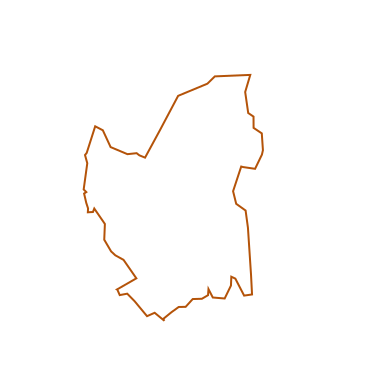 Morris, New Jersey, United States of America, rotated 135°
{"feature_id": "52423323B19000754742578", "entity_name": "Morris", "entity_type": "district", "adm_level": 2, "iso_a3": "USA", "parent_name": "United States of America", "parent_adm1": "New Jersey", "projection": "orthographic", "projection_center": [-74.508, 40.868], "detail": "fine", "context": "isolated", "style": "outline", "palette": "amber", "viewbox_px": 384, "rotation_deg": 135, "n_neighbors": 0, "source": "geoboundaries", "source_scale": "gbopen_adm2", "svg_char_len": 983}
<svg xmlns="http://www.w3.org/2000/svg" viewBox="0 0 384 384"><g transform="rotate(135 192 192)"><path d="M68.0,233.6L94.1,257.6L104.5,257.7L133.8,269.8L160.5,261.6L170.9,258.4L200.9,249.5L203.3,255.2L203.7,258.6L210.9,264.4L217.8,281.3L211.4,298.7L214.0,306.9L238.8,294.1L241.5,293.8L245.7,286.4L266.8,270.4L266.8,266.7L269.4,267.2L274.4,259.2L277.1,253.9L280.0,251.3L276.2,247.9L272.8,249.4L276.2,231.0L287.8,220.3L291.2,207.2L291.0,201.5L288.4,192.4L292.4,170.3L313.9,176.1L313.8,175.8L316.0,170.2L309.7,165.9L309.8,155.5L311.6,136.0L303.8,133.0L302.6,120.5L302.1,122.6L291.4,121.5L282.7,120.1L277.7,115.3L267.2,115.8L260.5,109.5L253.6,107.7L249.0,111.7L251.9,102.7L244.2,93.6L230.6,98.3L224.1,104.3L222.6,100.1L228.4,81.9L222.0,77.1L209.0,91.5L177.7,127.2L167.2,141.0L169.1,152.4L162.4,163.5L139.2,175.2L138.3,173.6L131.0,163.8L116.1,169.0L112.3,171.4L101.2,184.1L103.1,193.8L95.2,201.8L96.4,208.1L83.7,225.1L68.0,233.6Z" fill="none" stroke="#b45309" stroke-width="2"/></g></svg>